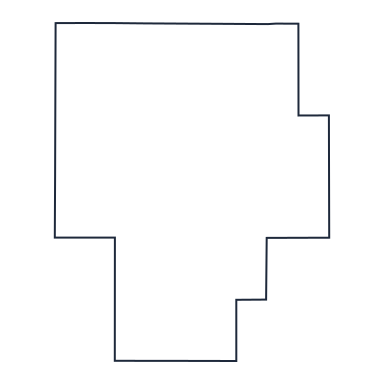 Okmulgee, Oklahoma, United States of America (Albers equal-area conic projection)
{"feature_id": "52423323B23150098566474", "entity_name": "Okmulgee", "entity_type": "district", "adm_level": 2, "iso_a3": "USA", "parent_name": "United States of America", "parent_adm1": "Oklahoma", "projection": "albers", "projection_center": [-95.947, 35.617], "detail": "fine", "context": "isolated", "style": "outline", "palette": "slate", "viewbox_px": 384, "rotation_deg": 0, "n_neighbors": 0, "source": "geoboundaries", "source_scale": "gbopen_adm2", "svg_char_len": 379}
<svg xmlns="http://www.w3.org/2000/svg" viewBox="0 0 384 384"><path d="M175.7,360.9L187.5,360.9L236.3,361.0L236.3,299.8L266.1,299.6L266.7,237.9L329.2,237.7L328.9,115.4L298.5,115.5L298.4,23.7L275.9,23.6L267.8,24.1L217.4,23.8L146.3,23.4L116.1,23.1L84.5,23.0L55.6,23.1L55.1,176.3L54.8,237.6L114.9,237.6L114.8,360.8L175.7,360.9Z" fill="none" stroke="#1e293b" stroke-width="2"/></svg>